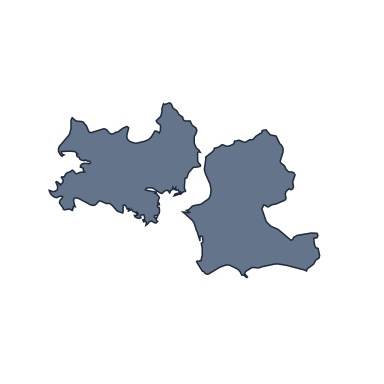 outline of Dytiki Ellada, rotated 311°
{"feature_id": "GRC-2886", "entity_name": "Dytiki Ellada", "entity_type": "Region", "adm_level": 1, "iso_a3": "GRC", "parent_name": "Greece", "parent_adm1": "", "projection": "equal_earth", "projection_center": [21.414, 38.264], "detail": "fine", "context": "isolated", "style": "filled", "palette": "slate", "viewbox_px": 384, "rotation_deg": 311, "n_neighbors": 0, "source": "natural_earth", "source_scale": "10m", "svg_char_len": 6022}
<svg xmlns="http://www.w3.org/2000/svg" viewBox="0 0 384 384"><g transform="rotate(311 192 192)"><path d="M207.5,330.3L206.7,327.6L198.6,311.3L194.1,304.1L191.8,301.6L181.5,293.9L179.0,292.6L177.7,291.2L175.4,288.0L174.2,286.8L167.2,284.6L164.8,285.3L164.2,289.6L163.5,289.6L163.2,288.1L163.3,286.5L163.0,285.1L161.9,284.1L163.3,280.9L163.8,278.3L163.4,275.7L161.5,268.6L160.2,266.5L158.6,265.2L153.4,262.3L140.9,258.3L139.8,257.3L139.2,255.4L139.6,253.1L139.0,251.9L142.3,241.2L143.1,241.2L145.9,243.8L151.1,241.2L156.3,236.5L159.4,232.6L161.0,233.2L162.5,232.2L163.8,230.7L165.1,229.4L165.1,228.2L164.6,227.8L164.2,227.3L163.1,227.8L161.9,228.6L160.9,229.5L160.2,230.4L165.5,221.8L165.8,220.8L170.0,213.8L170.5,212.2L170.8,210.1L171.0,200.8L170.9,198.2L172.1,199.7L173.7,202.6L174.9,203.6L174.8,201.8L174.6,200.3L174.0,199.1L174.6,200.1L176.4,201.1L178.5,201.4L181.0,201.4L182.7,202.1L188.6,206.8L198.0,209.0L200.3,208.5L202.7,207.4L206.5,204.6L209.7,200.6L214.4,190.5L217.1,186.5L226.2,180.6L227.2,179.4L235.1,181.0L237.6,181.0L238.7,180.8L239.8,180.1L241.0,181.1L242.5,182.1L244.2,182.9L246.0,183.2L247.5,183.7L248.2,185.1L248.7,186.9L249.6,188.6L250.9,189.7L254.4,191.5L255.7,191.8L256.6,191.6L258.0,190.9L258.6,190.8L259.6,191.9L260.4,192.6L261.4,193.0L262.1,193.8L263.4,197.8L264.3,199.4L265.3,199.9L269.6,201.4L269.9,201.8L270.4,202.5L271.1,203.3L272.0,203.6L275.7,203.6L280.8,205.0L282.3,205.8L284.4,204.7L286.3,206.0L287.5,207.2L287.1,209.1L286.5,213.5L289.4,218.7L286.0,226.7L286.0,228.8L285.3,230.8L284.1,232.8L281.8,234.5L272.8,238.5L272.1,240.5L272.5,243.2L272.1,245.7L270.9,247.6L270.6,251.8L272.4,253.9L273.3,256.1L272.5,258.6L265.8,261.3L262.7,265.0L260.5,265.9L258.5,265.2L258.1,263.0L254.0,262.7L251.7,263.6L248.6,267.4L246.6,267.4L238.5,263.5L234.8,260.7L230.5,259.2L229.5,254.7L225.2,255.7L218.4,267.4L217.8,273.8L220.3,281.5L220.5,298.6L222.5,299.0L224.6,298.5L228.5,300.0L239.5,309.1L242.9,313.5L241.8,315.5L239.6,316.4L237.0,314.3L235.1,316.1L232.0,319.9L231.2,321.9L232.1,324.2L227.9,329.9L225.6,331.2L221.7,330.1L217.4,331.1L209.4,329.4L207.5,330.3ZM227.4,172.1L226.8,170.9L226.1,170.4L225.0,170.7L219.2,175.9L218.3,177.6L218.0,180.6L216.9,181.4L214.6,179.9L211.4,176.8L204.5,176.8L202.6,177.3L200.9,178.3L199.2,178.8L197.6,177.8L190.0,183.6L188.6,186.5L187.9,186.5L186.8,185.5L185.1,185.1L183.6,185.0L182.9,184.9L182.1,183.8L177.3,181.0L179.3,180.5L181.2,181.6L182.9,183.3L184.6,184.3L184.6,183.2L184.0,182.5L183.7,182.0L183.9,181.3L184.6,180.1L183.4,179.2L182.9,179.0L182.9,177.8L183.4,177.6L184.6,176.8L182.2,176.8L182.9,174.6L181.9,175.2L180.9,175.4L179.9,175.3L179.0,174.6L178.3,175.2L177.8,175.5L176.6,175.8L177.3,172.7L175.9,171.1L173.4,170.5L171.3,170.4L170.4,168.9L169.2,159.6L166.7,156.5L165.3,155.4L164.8,155.1L164.2,155.3L163.1,155.4L163.5,156.7L168.4,165.0L166.7,165.0L167.0,165.6L167.2,165.8L167.6,166.1L167.1,167.7L166.9,169.5L166.4,170.9L165.6,171.4L164.3,171.7L161.8,173.1L161.0,173.7L161.3,174.3L161.9,174.6L161.0,175.8L159.4,174.7L158.5,175.2L158.1,176.2L158.2,176.8L158.8,177.3L157.9,178.5L156.2,180.1L154.9,180.9L154.1,181.2L151.7,181.0L150.8,180.5L149.9,179.5L149.0,179.3L148.0,181.0L148.6,181.7L149.3,182.0L150.2,182.2L148.2,182.8L147.3,183.7L147.2,185.4L144.9,185.2L144.1,183.6L143.8,181.6L143.1,180.1L141.7,179.5L138.1,179.4L136.6,179.0L138.0,178.3L139.0,177.5L139.5,176.4L139.1,174.6L137.9,175.3L137.5,175.8L138.5,173.4L139.1,172.5L138.8,173.6L140.0,174.3L141.3,173.3L142.4,172.0L143.2,170.4L141.0,168.6L140.1,168.7L139.1,170.4L137.7,169.7L136.8,168.5L136.2,166.9L135.9,165.0L136.3,164.7L136.6,163.9L137.8,165.5L139.2,166.2L140.3,165.8L140.7,163.9L139.1,165.0L139.7,163.0L138.6,160.1L139.1,158.6L139.1,157.5L138.0,157.5L137.2,157.2L135.9,156.5L137.0,155.8L137.5,155.6L138.3,155.4L137.8,155.1L137.2,154.5L136.6,154.3L137.8,151.8L138.1,150.5L137.9,149.6L136.8,148.9L135.9,149.5L135.0,150.5L133.9,151.1L133.4,151.7L132.1,152.8L130.8,153.5L130.2,152.8L129.9,151.4L128.8,149.1L128.6,147.4L129.5,141.0L129.5,137.6L127.0,134.8L125.2,129.0L124.1,127.7L119.5,127.6L117.9,127.0L116.5,125.5L115.7,123.6L112.8,111.0L111.7,108.5L110.1,107.2L108.3,107.9L106.6,109.7L105.2,111.9L104.3,113.6L103.5,111.9L102.8,112.2L102.0,113.0L101.1,112.8L99.8,113.9L99.3,113.2L99.1,111.8L98.7,110.6L94.6,107.2L94.6,106.3L95.6,104.3L96.1,101.4L97.0,98.9L99.2,97.8L101.7,97.9L103.1,97.7L103.6,97.3L103.3,96.3L102.3,95.4L101.4,94.7L98.8,93.5L97.8,91.2L97.6,88.3L98.0,86.0L99.5,83.1L100.1,84.2L100.9,86.8L102.8,88.1L105.1,88.9L107.3,87.7L108.9,85.4L110.1,82.8L110.9,82.8L111.3,84.1L111.5,84.9L111.3,85.5L110.9,86.0L111.1,86.3L111.5,86.6L111.6,87.1L110.9,88.1L113.3,88.2L115.3,87.9L116.7,86.6L117.3,83.8L118.1,83.8L119.3,85.4L120.5,85.5L121.9,85.0L123.8,84.9L125.4,85.6L126.5,86.3L127.8,86.9L129.9,87.2L130.2,88.2L129.8,90.3L129.7,92.5L130.7,93.5L132.3,93.9L133.8,95.0L136.7,97.8L136.9,96.4L137.2,95.6L137.7,95.1L138.4,94.5L138.4,93.5L137.5,91.5L138.8,90.5L141.0,90.6L142.9,91.8L145.6,95.2L145.7,95.7L146.4,96.1L147.1,96.4L147.6,96.0L148.1,94.5L147.1,93.6L146.7,92.9L146.4,90.5L146.0,90.4L145.4,90.5L144.9,90.1L143.4,87.4L143.2,85.8L144.1,83.8L143.5,82.5L143.8,81.1L144.7,80.3L145.7,80.7L145.6,77.0L142.7,73.0L136.8,66.9L135.9,67.9L135.5,68.9L135.5,69.9L136.0,71.0L134.4,70.4L133.8,70.6L133.6,68.9L134.9,64.8L136.8,63.0L139.1,62.0L153.8,61.8L156.0,61.3L160.5,59.0L166.8,53.6L169.5,52.8L169.5,57.9L172.6,62.2L173.5,64.4L172.8,66.4L172.8,68.6L169.8,74.5L170.3,76.7L182.1,84.1L183.0,86.7L182.3,90.9L182.8,93.1L184.6,94.7L186.7,95.0L188.5,96.6L195.0,98.0L198.8,99.9L198.9,102.1L192.1,105.6L190.1,107.4L189.3,109.9L189.4,112.0L191.2,116.6L192.9,118.5L199.3,123.0L203.2,124.9L207.4,125.1L213.8,124.0L215.1,126.4L214.8,128.5L217.3,128.0L221.7,124.5L221.5,120.2L222.3,118.2L228.5,118.8L233.0,116.6L235.0,114.7L239.9,112.6L240.1,113.9L244.7,116.7L244.7,118.9L242.8,122.9L243.4,127.2L241.9,131.2L242.4,136.0L240.8,137.9L240.9,140.0L244.4,144.0L242.5,148.4L242.9,153.1L241.8,155.1L239.5,156.4L235.2,157.4L230.3,161.7L227.9,166.4L228.2,169.5L227.4,172.1Z" fill="#64748b" stroke="#1e293b" stroke-width="1.5"/></g></svg>